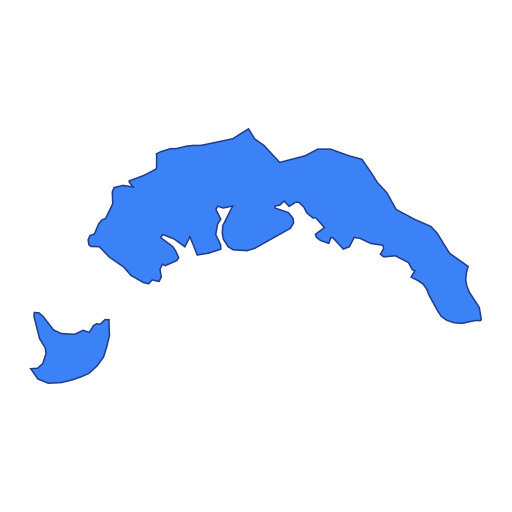 Nampo City, P'yŏngan-namdo, North Korea (Mercator projection)
{"feature_id": "82179303B45638248322590", "entity_name": "Nampo City", "entity_type": "district", "adm_level": 2, "iso_a3": "PRK", "parent_name": "North Korea", "parent_adm1": "P'yŏngan-namdo", "projection": "mercator", "projection_center": [125.376, 38.709], "detail": "fine", "context": "isolated", "style": "filled", "palette": "blue", "viewbox_px": 512, "rotation_deg": 0, "n_neighbors": 0, "source": "geoboundaries", "source_scale": "gbopen_adm2", "svg_char_len": 2272}
<svg xmlns="http://www.w3.org/2000/svg" viewBox="0 0 512 512"><path d="M468.1,266.4L449.5,253.2L437.1,233.1L430.8,226.4L415.1,219.6L396.2,209.5L386.9,192.8L377.5,182.7L371.2,172.7L361.9,159.3L349.3,155.9L330.4,149.1L317.8,149.1L305.1,155.8L292.4,159.1L279.7,162.4L264.1,145.6L254.7,138.9L248.5,128.8L232.6,138.8L216.8,142.1L200.9,145.4L193.4,145.4L186.4,146.2L176.4,148.6L170.5,148.7L161.0,151.6L156.4,153.9L156.6,155.4L156.6,162.7L156.5,168.8L143.9,175.4L129.2,180.9L129.2,182.1L129.9,183.0L133.1,187.0L123.2,185.4L114.1,187.5L112.3,192.0L112.7,203.8L105.5,218.6L102.1,219.7L98.6,223.9L94.5,233.8L89.9,235.7L88.1,239.9L88.9,244.8L91.1,246.5L99.3,246.7L109.3,257.1L123.8,267.1L131.0,275.5L143.6,282.6L148.7,283.8L152.2,279.9L159.0,281.5L161.3,277.1L160.0,269.3L162.4,264.2L165.2,265.7L176.9,260.5L178.7,257.7L175.4,250.5L173.0,246.8L162.1,238.6L160.7,236.9L163.0,234.6L174.3,239.1L184.9,246.8L186.9,242.8L189.9,236.8L193.4,245.2L197.2,255.0L208.5,253.2L220.8,249.2L220.6,244.7L215.7,234.6L217.6,224.1L220.8,219.1L215.9,209.6L217.7,206.2L223.3,208.0L232.7,206.0L222.7,225.9L222.3,233.1L223.3,239.1L228.2,246.8L233.2,249.8L247.1,250.7L254.8,248.3L263.3,243.5L290.4,228.3L293.6,223.0L293.1,218.4L288.4,212.6L274.9,208.0L275.0,206.0L279.5,205.3L282.2,202.9L284.1,201.1L289.1,206.4L295.7,202.2L298.8,202.3L303.8,207.0L306.8,213.0L313.0,218.0L315.8,217.8L324.4,227.6L315.4,234.3L316.5,237.4L320.4,240.4L328.8,243.4L330.9,237.5L333.2,238.1L343.4,249.1L349.4,246.7L354.2,237.4L360.1,238.4L370.8,243.5L381.8,245.1L382.9,245.2L383.7,248.4L380.4,254.3L383.8,256.9L395.4,255.8L408.5,262.6L411.7,268.6L412.3,269.8L414.9,270.7L411.1,277.1L418.0,280.6L423.4,284.4L426.9,289.6L429.0,295.1L437.9,311.3L441.4,316.5L446.8,320.3L454.1,322.7L461.9,323.4L474.8,320.6L480.5,320.6L481.3,319.6L479.3,307.5L469.4,292.3L467.0,286.5L465.7,279.9L466.5,272.3L468.1,266.4ZM30.7,368.7L37.9,379.0L48.2,383.2L61.1,382.6L71.9,380.0L81.0,376.9L89.1,373.2L97.1,365.9L103.6,357.0L106.8,346.5L109.5,335.5L109.2,329.2L109.0,319.7L105.0,319.6L100.1,324.3L96.7,323.7L93.5,325.6L89.2,332.4L83.2,330.3L75.2,334.0L74.4,334.3L61.1,333.5L53.5,329.9L43.3,316.7L39.1,312.9L34.3,312.5L34.0,316.5L39.5,338.5L45.3,348.0L46.0,353.7L42.7,363.6L37.5,368.3L30.7,368.7Z" fill="#3b82f6" stroke="#1e3a8a" stroke-width="1.5"/></svg>